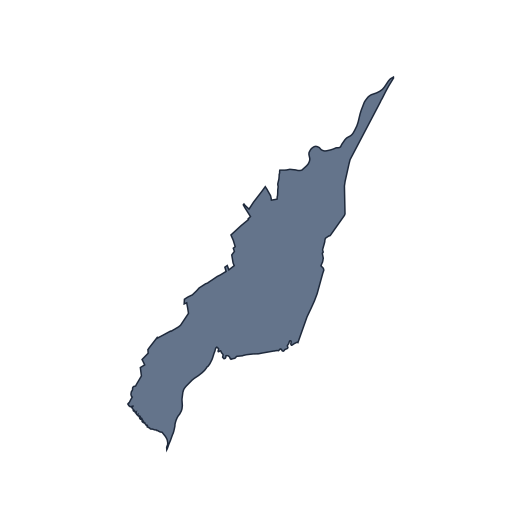 outline of Barito Kuala, Kalimantan Selatan, Indonesia, rotated 17°
{"feature_id": "22746128B88870484763637", "entity_name": "Barito Kuala", "entity_type": "district", "adm_level": 2, "iso_a3": "IDN", "parent_name": "Indonesia", "parent_adm1": "Kalimantan Selatan", "projection": "equal_earth", "projection_center": [114.538, -3.03], "detail": "fine", "context": "isolated", "style": "filled", "palette": "slate", "viewbox_px": 512, "rotation_deg": 17, "n_neighbors": 0, "source": "geoboundaries", "source_scale": "gbopen_adm2", "svg_char_len": 5999}
<svg xmlns="http://www.w3.org/2000/svg" viewBox="0 0 512 512"><g transform="rotate(17 256 256)"><path d="M227.2,401.0L231.1,393.5L232.7,391.1L236.0,387.1L238.7,383.2L240.4,380.1L241.2,377.9L241.7,376.2L242.3,375.6L242.6,374.9L243.4,372.5L244.2,367.8L244.3,365.9L244.3,361.4L244.5,358.9L244.4,357.3L244.4,356.1L244.5,355.7L245.2,354.6L246.1,355.1L247.0,355.3L247.4,355.7L247.5,356.4L247.5,357.8L247.6,358.2L247.9,358.5L248.2,358.5L248.4,358.3L249.4,357.2L249.8,357.0L250.2,357.2L251.1,358.4L253.1,359.7L253.3,359.9L253.5,360.4L253.6,362.2L253.7,362.6L255.2,363.5L255.4,363.6L255.8,363.4L256.4,362.9L256.6,362.5L256.7,362.1L256.6,361.1L256.5,360.5L256.5,360.1L256.9,359.9L258.1,359.6L258.8,359.6L259.4,359.9L260.2,360.3L260.8,360.9L261.4,361.7L261.9,361.9L262.1,361.7L262.4,362.0L264.0,360.9L265.5,360.1L266.1,359.4L266.6,358.0L266.9,357.6L272.4,355.3L272.9,354.8L275.7,353.2L281.9,350.5L287.0,348.8L289.9,347.2L301.1,341.5L301.4,341.5L302.1,340.9L302.4,340.9L303.0,340.7L303.5,340.3L303.9,340.2L305.2,340.0L306.2,338.0L306.4,337.8L306.7,337.7L307.3,337.8L307.3,338.0L308.4,338.5L308.7,338.9L309.0,339.1L310.2,338.9L310.5,338.2L311.0,337.0L313.1,335.2L313.3,334.3L313.2,334.1L312.3,332.9L312.2,332.7L312.3,332.0L312.9,330.2L312.9,328.2L313.0,327.4L313.7,327.0L314.5,327.2L314.7,327.8L315.0,330.0L315.5,330.6L315.7,330.8L316.0,331.0L316.3,330.9L316.5,330.7L318.3,328.5L320.0,326.9L320.6,326.4L321.4,326.6L322.6,299.2L324.0,289.7L325.0,281.9L325.5,274.2L324.9,253.2L325.0,249.7L324.5,248.8L323.9,248.0L321.0,246.4L321.2,243.4L321.4,243.0L321.3,240.7L321.1,240.2L321.1,239.2L321.0,238.5L320.3,237.2L319.3,235.4L318.7,234.2L318.6,233.9L318.7,233.6L319.1,233.0L319.1,232.8L319.0,232.4L318.0,230.9L317.8,230.2L317.7,225.1L317.6,222.3L317.3,221.2L317.2,219.8L317.2,218.9L317.3,218.6L319.9,215.4L320.6,215.2L321.1,214.4L328.7,191.3L328.8,189.7L320.1,163.2L319.4,158.7L318.0,140.6L317.8,136.3L329.9,72.3L330.1,70.5L330.6,68.6L331.8,61.5L332.5,57.9L333.2,54.5L335.5,45.6L335.1,44.7L333.7,46.2L332.8,47.2L332.3,48.1L331.5,49.9L329.4,56.9L328.2,59.6L327.5,60.6L326.1,62.4L323.6,64.8L319.2,68.0L318.5,68.7L317.2,70.4L316.7,71.2L316.1,72.7L315.1,75.4L314.6,77.4L314.0,86.0L314.0,89.7L314.5,97.9L314.5,99.3L314.4,102.1L313.6,107.1L312.9,110.2L312.4,111.5L311.7,112.8L310.9,113.8L309.2,115.5L308.2,116.6L307.6,117.7L307.1,118.7L305.4,124.0L304.9,127.0L303.9,128.0L303.3,128.3L301.0,129.1L298.8,131.0L296.4,132.7L292.5,134.9L291.0,135.5L289.3,135.6L287.7,135.4L286.9,135.1L285.0,133.9L284.2,133.7L282.7,133.5L281.2,133.6L280.2,134.1L279.3,134.8L278.1,136.3L277.4,137.5L277.0,138.8L276.6,140.7L276.5,141.8L276.7,142.6L277.0,143.6L278.8,146.8L279.1,147.5L279.3,148.5L279.4,149.5L279.3,151.0L279.0,152.7L278.2,154.6L277.3,156.2L275.2,159.7L274.7,160.5L273.9,161.0L272.2,161.7L270.8,162.0L268.7,162.1L263.0,163.2L260.1,164.8L258.6,165.4L253.7,166.9L253.8,168.0L254.2,169.2L254.3,169.8L254.4,171.7L254.7,172.4L255.4,175.7L255.7,180.3L256.0,181.5L256.8,182.9L257.1,184.1L257.5,186.6L258.2,188.9L258.9,191.7L259.0,193.4L259.4,194.8L259.5,195.5L254.4,198.1L253.6,196.4L252.3,194.1L248.6,190.6L247.2,189.2L244.6,187.0L242.7,192.5L237.9,205.2L235.6,213.2L230.7,210.8L229.3,209.8L228.9,210.8L231.3,213.1L239.2,219.9L237.6,222.8L238.1,223.4L233.0,231.1L225.9,243.2L229.7,247.7L233.4,253.2L232.0,255.2L234.0,257.9L232.5,262.1L236.1,269.3L238.0,271.6L234.1,277.2L231.3,273.5L229.5,275.8L231.9,279.5L227.4,284.6L225.0,286.8L218.1,295.3L217.7,296.0L215.9,297.3L211.0,303.1L209.4,306.6L206.5,311.8L205.7,312.5L203.1,314.9L202.1,316.0L200.2,318.3L201.3,322.8L203.4,321.0L206.0,326.0L208.2,330.6L204.1,344.3L202.6,346.5L196.7,352.9L196.2,352.8L185.7,363.4L185.3,362.9L180.7,375.0L180.0,377.2L180.3,377.9L181.3,380.5L177.3,388.3L179.8,390.9L181.4,392.7L178.0,396.5L181.5,404.2L179.1,414.2L179.0,415.3L178.8,415.6L178.3,416.0L177.6,416.2L177.0,416.8L176.9,417.0L176.6,417.8L176.6,418.4L176.9,419.3L177.0,420.0L177.0,420.8L176.6,421.7L176.5,422.3L176.6,423.2L176.8,424.7L177.3,425.7L177.9,426.3L177.9,426.5L178.4,426.9L178.9,427.1L178.2,430.1L177.6,433.5L177.2,433.7L177.1,433.9L177.2,434.3L177.0,434.5L176.7,435.0L177.7,435.9L177.8,435.9L178.0,436.1L178.3,436.2L178.5,436.5L179.7,436.9L180.4,436.8L180.4,436.6L180.5,436.5L180.9,436.8L181.5,436.0L182.2,435.5L182.3,435.7L182.0,436.4L181.9,437.0L182.0,437.6L182.4,438.0L183.5,438.6L183.8,439.0L184.1,439.0L184.4,439.2L183.7,439.3L183.7,439.5L183.9,439.8L184.5,440.1L184.8,440.0L185.1,440.0L185.2,439.8L185.4,439.8L185.7,440.1L186.3,440.4L186.4,440.5L186.1,440.7L186.2,441.0L186.7,441.3L187.0,441.2L187.2,440.7L187.3,441.3L188.1,442.3L188.6,442.6L188.9,442.7L189.3,442.2L189.3,442.3L189.3,442.7L189.5,443.0L189.9,443.3L190.2,443.3L190.9,443.0L191.0,443.1L190.9,443.6L191.2,443.8L191.4,443.6L191.5,443.7L192.1,443.4L192.1,443.6L191.8,443.9L191.8,444.3L191.9,444.7L192.4,445.4L193.2,445.9L193.5,445.9L193.7,445.6L192.6,444.3L192.6,444.0L192.8,444.1L193.4,444.7L194.3,445.1L193.9,445.5L194.7,446.1L194.8,445.9L194.8,445.4L195.1,445.7L195.5,446.2L195.9,446.4L195.9,446.6L196.1,446.8L196.4,446.9L197.6,448.0L198.0,448.1L198.4,448.0L198.5,448.2L198.7,448.6L199.8,449.4L200.0,449.4L200.3,449.7L200.6,449.8L200.6,450.0L201.0,450.1L201.5,449.8L201.6,450.1L201.8,450.2L201.7,450.6L202.0,451.2L202.3,451.1L202.5,451.3L203.1,451.3L203.9,451.6L204.5,451.5L205.0,452.0L206.1,452.3L206.6,452.1L207.3,451.8L209.8,451.9L210.9,451.7L211.4,451.5L212.1,451.7L212.3,451.9L212.6,451.7L212.9,451.8L213.4,451.7L213.9,452.0L215.8,452.3L217.7,452.0L221.9,454.9L223.2,456.0L224.7,457.6L226.1,460.2L226.7,462.4L226.6,462.7L226.5,464.0L226.5,465.1L227.3,467.3L227.5,466.2L227.7,461.2L228.1,457.5L228.4,451.1L228.6,449.7L228.6,447.5L228.4,444.8L228.2,442.6L227.7,440.4L227.6,438.4L227.6,436.4L227.9,433.6L228.4,431.5L229.2,429.6L229.9,426.0L229.9,423.8L229.3,420.6L227.3,415.3L227.0,414.2L225.9,407.7L225.9,405.0L226.1,404.0L226.5,402.7L227.2,401.0ZM196.5,448.1L197.0,448.2L196.5,447.4L196.0,447.1L195.6,446.8L195.4,446.8L195.3,447.0L195.5,447.6L196.5,448.1Z" fill="#64748b" stroke="#1e293b" stroke-width="1.5"/></g></svg>